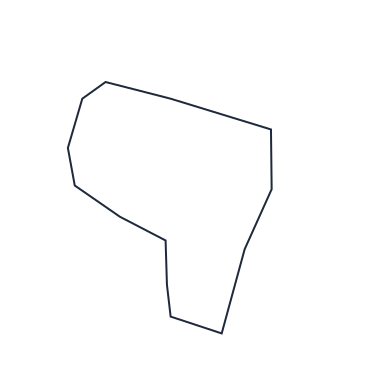 the state/province of Safi, rotated 61°
{"feature_id": "MLT-5971", "entity_name": "Safi", "entity_type": "state/province", "adm_level": 1, "iso_a3": "MLT", "parent_name": "Malta", "parent_adm1": "", "projection": "orthographic", "projection_center": [14.491, 35.832], "detail": "fine", "context": "isolated", "style": "outline", "palette": "slate", "viewbox_px": 384, "rotation_deg": 61, "n_neighbors": 0, "source": "natural_earth", "source_scale": "10m", "svg_char_len": 328}
<svg xmlns="http://www.w3.org/2000/svg" viewBox="0 0 384 384"><g transform="rotate(61 192 192)"><path d="M129.5,291.4L93.3,279.2L57.2,242.7L53.9,214.3L99.9,165.6L175.6,92.6L228.2,121.0L267.6,173.7L330.1,234.6L290.6,271.1L261.0,258.9L221.6,238.6L178.8,267.0L129.5,291.4Z" fill="none" stroke="#1e293b" stroke-width="2"/></g></svg>